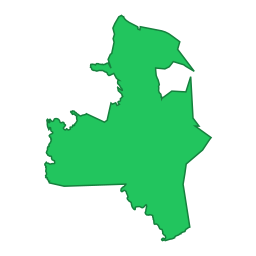 outline of San Miguel del Puerto, Oaxaca, Mexico
{"feature_id": "50627088B61133778664315", "entity_name": "San Miguel del Puerto", "entity_type": "district", "adm_level": 2, "iso_a3": "MEX", "parent_name": "Mexico", "parent_adm1": "Oaxaca", "projection": "natural_earth1", "projection_center": [-96.143, 15.951], "detail": "fine", "context": "isolated", "style": "filled", "palette": "green", "viewbox_px": 256, "rotation_deg": 0, "n_neighbors": 0, "source": "geoboundaries", "source_scale": "gbopen_adm2", "svg_char_len": 5712}
<svg xmlns="http://www.w3.org/2000/svg" viewBox="0 0 256 256"><path d="M47.6,126.6L48.9,129.6L49.2,129.2L49.3,127.8L49.5,127.6L49.9,127.5L50.5,127.7L51.0,130.8L51.3,131.2L52.6,132.1L52.7,132.5L52.7,133.1L52.3,133.5L51.4,134.0L50.4,134.3L49.2,135.6L49.3,136.1L49.8,137.0L50.0,137.2L50.6,137.2L50.8,138.5L51.3,138.9L51.4,139.2L50.9,139.8L51.2,140.3L51.0,141.3L50.2,142.8L49.9,143.3L49.5,143.6L48.9,144.8L49.1,146.2L48.8,146.5L48.2,146.4L48.0,146.6L47.9,146.8L47.8,147.5L47.4,148.0L47.6,149.1L47.5,149.6L46.4,152.4L46.5,152.9L46.9,153.7L47.4,154.1L48.0,155.3L48.6,155.4L49.1,155.9L49.8,156.2L50.9,156.1L51.2,156.3L51.6,157.1L51.5,158.1L52.1,159.7L53.8,160.6L54.4,160.7L54.7,162.1L54.6,163.4L54.0,163.6L52.2,163.6L50.3,164.1L49.4,164.0L48.6,163.3L48.2,163.2L47.3,163.2L47.0,163.0L46.3,162.2L46.1,162.4L45.8,163.1L45.1,163.6L44.9,164.1L44.9,164.9L45.9,166.4L46.1,166.6L46.1,166.8L45.8,166.9L45.7,167.3L46.1,168.3L46.2,168.9L45.9,170.1L45.8,171.4L46.4,172.6L46.6,174.2L46.3,174.8L45.6,175.6L46.1,176.9L45.7,177.2L45.8,177.4L46.0,177.7L46.8,177.7L47.3,177.9L47.4,178.4L47.2,179.0L48.3,180.3L48.6,181.2L48.7,181.4L49.3,181.4L49.0,181.8L49.4,182.9L64.1,186.2L125.8,184.1L125.8,184.5L124.1,186.5L123.2,186.9L121.8,188.1L121.6,188.4L121.2,188.8L120.9,190.6L121.0,191.0L121.6,191.6L122.2,191.6L124.0,190.4L124.5,190.4L124.9,190.5L126.2,191.6L126.6,193.3L127.4,194.9L127.9,196.5L128.1,197.0L127.3,197.7L127.2,198.3L127.5,199.2L129.3,201.3L130.2,201.7L131.0,202.4L131.3,203.0L131.4,204.0L131.9,206.1L132.5,207.5L133.8,209.1L134.6,209.6L135.1,209.5L135.2,209.2L135.4,207.3L136.4,206.8L138.3,206.6L139.9,206.6L141.7,207.6L142.7,207.7L143.7,207.1L145.8,204.9L146.4,204.9L146.7,206.6L146.5,207.2L146.3,207.7L146.3,208.3L145.9,209.9L145.9,210.9L145.2,212.6L145.6,213.8L146.6,214.8L147.0,215.0L148.3,215.0L148.6,215.1L148.8,215.1L149.4,214.7L149.8,214.7L149.9,214.9L150.9,214.8L152.4,215.4L152.8,215.9L152.7,217.0L153.2,217.7L153.3,218.2L153.1,218.9L153.8,220.4L154.0,223.0L154.2,223.9L154.9,224.3L156.1,223.9L157.5,224.6L158.5,225.9L159.6,228.4L159.9,228.8L160.4,229.1L162.1,229.5L162.5,231.2L162.8,231.9L162.8,232.4L162.7,233.3L163.4,234.3L163.7,234.8L164.6,235.2L165.0,235.5L165.4,236.4L165.7,237.3L165.3,238.5L164.7,238.8L163.3,238.2L162.9,238.2L161.8,239.1L161.6,239.4L161.7,239.7L161.9,240.1L162.5,240.6L164.2,240.0L164.7,240.0L165.2,240.6L165.7,240.5L169.5,239.3L170.9,239.0L171.9,238.9L172.5,238.6L173.5,238.3L174.2,237.8L174.6,237.8L175.0,236.6L175.8,236.0L178.7,234.9L179.6,234.1L180.3,233.7L180.5,233.6L180.8,233.8L181.3,232.9L181.5,232.8L182.8,232.1L184.9,231.5L185.0,231.4L185.0,230.9L185.4,230.4L185.6,229.8L186.2,229.1L187.3,228.5L187.9,228.0L188.8,227.4L189.8,227.1L183.1,184.3L184.9,173.4L186.2,164.0L202.6,150.0L209.4,139.8L211.1,137.6L195.2,126.1L199.0,126.1L193.0,118.1L190.7,76.7L185.9,91.9L171.8,91.1L161.8,98.5L161.7,98.7L161.6,97.0L161.2,97.1L161.0,94.9L160.7,94.1L160.3,93.6L159.7,93.2L159.1,92.2L158.6,90.6L158.8,87.7L158.5,86.6L159.3,84.5L158.1,80.0L157.1,77.9L156.2,75.5L155.7,70.6L155.6,68.0L164.9,68.9L169.2,66.8L173.3,61.6L183.6,64.7L186.1,66.5L194.2,71.3L177.6,49.3L179.8,41.8L172.4,36.3L168.7,33.7L165.2,32.0L161.8,30.9L140.3,26.7L140.0,30.4L139.7,29.6L139.1,29.2L138.3,29.4L137.8,28.8L137.7,28.3L138.0,27.8L137.5,27.3L137.6,26.8L129.1,22.4L126.2,20.4L124.8,19.0L123.7,17.3L123.6,16.7L123.1,16.8L121.5,15.4L118.8,16.8L114.9,23.5L112.9,28.1L114.5,34.2L113.1,38.7L114.1,42.1L111.7,53.5L110.4,54.3L108.1,59.4L111.0,68.2L108.2,62.9L107.7,63.2L107.0,63.2L105.8,63.8L105.4,64.2L105.0,64.4L104.2,64.3L103.5,64.7L102.5,64.5L102.4,64.3L102.2,64.2L101.6,64.5L99.1,64.1L98.4,63.7L96.7,63.6L96.4,63.7L95.5,64.9L95.2,64.9L94.6,64.5L93.2,64.3L92.0,64.4L91.9,64.2L91.5,64.5L90.8,64.5L90.8,64.9L90.6,65.5L90.7,66.8L90.5,67.3L91.3,67.8L91.5,68.2L91.7,69.0L91.9,69.5L92.5,70.0L92.9,70.1L93.4,70.4L94.5,70.4L96.8,71.1L99.3,70.4L100.6,70.5L102.8,70.5L105.1,71.9L106.5,72.3L106.9,72.6L107.6,74.2L108.2,74.9L108.9,75.5L109.5,75.4L110.9,74.9L111.4,74.4L111.8,74.4L113.8,73.4L116.5,78.4L119.1,80.3L118.1,80.2L117.8,81.0L117.6,82.9L117.9,83.8L119.0,84.8L119.9,86.0L120.1,86.5L120.8,87.6L122.1,89.2L122.3,89.9L122.3,90.4L122.0,90.5L119.0,88.5L118.4,87.8L117.7,87.3L117.6,87.7L118.1,89.1L118.1,90.0L118.4,90.9L119.0,91.4L121.6,93.8L122.0,94.7L122.0,95.2L122.3,95.5L122.7,96.5L122.1,96.9L121.6,97.7L120.5,98.6L120.3,99.0L120.5,99.8L120.4,100.8L119.7,101.3L118.9,101.3L118.1,101.8L118.1,102.8L118.3,103.2L118.8,103.6L119.4,104.3L117.0,105.5L115.7,102.8L112.5,104.1L111.0,103.0L107.1,120.3L104.9,121.8L104.5,122.2L86.3,113.7L85.8,114.4L83.5,115.0L82.4,115.2L80.8,116.0L80.2,115.9L79.2,115.2L78.8,115.2L78.5,114.9L78.3,114.5L76.7,113.6L76.5,113.2L75.8,112.5L75.0,112.3L74.4,111.3L72.7,110.9L72.3,111.6L71.1,111.3L70.9,111.5L70.7,111.9L70.8,112.1L71.2,112.7L71.7,113.1L72.2,113.7L72.4,114.3L72.7,114.4L74.0,113.9L74.6,114.2L75.4,115.3L76.5,116.0L76.9,116.1L76.6,117.2L76.6,117.9L76.8,119.3L77.2,120.5L76.9,121.1L75.8,123.0L74.7,124.1L74.5,124.6L74.5,125.4L74.1,125.6L73.6,125.5L73.2,125.1L72.8,125.2L72.6,125.5L72.5,126.6L72.1,127.0L71.3,127.1L70.5,127.1L70.1,127.3L70.1,127.7L70.4,128.9L70.0,129.4L68.4,130.0L67.4,129.6L67.3,129.3L66.9,128.9L66.5,128.8L65.8,129.8L65.2,130.0L63.9,129.2L63.5,128.5L63.4,128.1L63.9,127.2L64.6,126.6L65.5,125.1L65.4,124.9L64.3,124.1L63.8,122.6L62.9,122.2L62.1,122.4L61.2,122.8L60.4,122.6L60.1,122.3L59.4,120.4L58.5,119.3L57.6,118.9L56.8,118.6L55.6,118.6L54.8,118.8L54.2,119.3L53.6,120.9L52.6,121.4L51.6,121.2L50.7,120.1L50.3,119.4L50.0,119.3L49.6,119.5L49.4,120.2L49.8,121.9L49.7,122.3L49.3,122.7L48.7,122.5L48.4,122.1L48.3,120.5L48.0,119.6L47.6,119.2L47.2,119.5L46.9,120.4L46.9,120.9L47.1,121.2L47.3,122.6L47.3,124.9L47.6,126.0L47.6,126.6Z" fill="#22c55e" stroke="#15803d" stroke-width="1.5"/></svg>